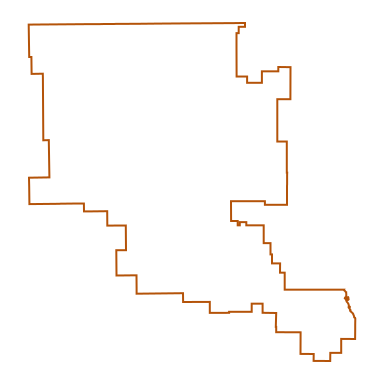 the district of Leonora, Western Australia, Australia
{"feature_id": "25037944B70988604830145", "entity_name": "Leonora", "entity_type": "district", "adm_level": 2, "iso_a3": "AUS", "parent_name": "Australia", "parent_adm1": "Western Australia", "projection": "albers", "projection_center": [121.72, -28.394], "detail": "fine", "context": "isolated", "style": "outline", "palette": "amber", "viewbox_px": 384, "rotation_deg": 0, "n_neighbors": 0, "source": "geoboundaries", "source_scale": "gbopen_adm2", "svg_char_len": 3237}
<svg xmlns="http://www.w3.org/2000/svg" viewBox="0 0 384 384"><path d="M245.0,23.0L241.7,23.0L234.5,23.1L218.1,23.2L185.2,23.4L157.2,23.6L137.3,23.8L135.3,23.8L133.9,23.8L130.5,23.8L127.1,23.9L125.7,23.9L123.7,23.9L122.3,23.9L120.3,23.9L118.9,23.9L115.5,23.9L114.1,24.0L113.4,24.0L112.8,24.0L111.4,24.0L108.0,24.0L103.9,24.0L100.5,24.1L96.4,24.1L92.9,24.1L92.5,24.1L92.3,24.1L40.3,24.5L28.7,24.6L29.2,57.0L31.4,57.0L31.6,73.9L42.8,73.7L42.9,77.3L43.0,93.7L43.3,139.6L43.3,140.3L45.5,140.2L46.6,140.2L48.8,140.1L49.4,177.4L29.0,177.7L29.2,187.3L29.4,203.8L29.4,204.1L59.4,203.8L60.5,203.7L78.3,203.5L83.9,203.5L84.0,211.4L89.9,211.4L107.2,211.2L107.3,225.6L125.8,225.5L126.0,250.2L116.3,250.2L116.5,275.5L128.1,275.4L134.3,275.3L136.5,275.3L136.6,288.0L136.6,290.2L136.6,292.5L136.6,293.7L183.0,293.2L183.1,302.0L209.8,301.9L209.8,312.9L213.2,312.9L215.4,312.9L217.6,312.9L219.8,312.9L220.8,312.9L221.2,312.9L221.8,312.9L229.1,312.8L229.1,311.8L251.7,311.8L251.7,303.7L262.6,303.7L262.6,312.8L276.2,313.0L275.8,326.9L276.2,326.9L276.2,332.2L300.6,332.3L300.5,353.9L313.7,354.0L313.6,360.9L330.2,361.0L330.3,352.9L333.0,352.9L341.2,352.9L341.2,351.1L341.2,338.9L355.1,339.0L355.2,329.8L355.2,327.6L355.2,324.8L355.3,318.7L355.1,317.9L354.2,317.4L354.1,316.5L353.7,315.2L353.2,314.4L353.2,313.9L352.9,313.4L352.1,312.7L351.5,312.1L350.8,311.6L350.3,311.1L350.1,310.5L350.5,310.1L350.3,309.7L349.8,309.2L349.3,308.1L349.6,307.9L349.8,307.4L349.8,306.9L349.6,306.9L349.3,307.3L349.4,307.9L349.1,307.9L348.8,307.8L348.6,307.4L348.7,306.7L348.7,306.2L348.9,305.8L348.8,305.2L348.3,303.7L347.5,302.5L346.6,301.5L346.5,300.9L346.1,300.2L346.1,299.8L346.6,299.8L347.6,300.0L348.1,299.9L348.6,299.4L348.6,299.1L348.4,298.7L348.3,298.4L348.4,297.9L348.3,297.4L348.2,297.2L347.8,297.3L347.8,297.8L348.0,298.0L348.0,298.4L348.1,298.9L347.9,299.4L347.2,299.6L346.9,299.4L347.1,299.1L347.5,299.2L347.5,298.3L347.5,297.8L347.3,297.5L347.0,297.6L346.7,298.0L346.9,298.2L346.8,298.5L346.8,298.9L346.7,299.3L346.0,299.1L345.5,299.0L345.2,298.6L344.8,298.3L344.9,297.9L345.2,297.6L345.5,297.6L345.5,297.9L345.6,298.3L345.9,298.3L345.9,297.9L345.7,297.5L345.7,297.0L346.4,296.7L346.4,296.1L346.2,295.5L346.3,294.1L346.2,293.3L346.1,292.6L346.2,292.2L345.7,291.9L344.9,290.9L344.3,290.4L344.1,290.3L344.0,290.1L343.9,289.9L344.0,289.7L322.2,289.7L318.1,289.7L299.0,289.7L287.4,289.7L284.7,289.7L284.7,284.2L284.7,272.7L280.0,272.7L280.1,263.4L275.5,263.4L272.0,263.4L272.0,254.4L270.5,254.4L270.5,243.1L263.7,243.1L263.7,225.3L246.3,225.3L246.3,222.1L239.8,222.1L239.8,225.3L237.7,225.3L237.7,221.0L231.1,221.0L231.0,201.8L231.0,201.2L240.0,201.2L264.9,201.2L264.9,204.8L268.2,204.8L269.3,204.8L270.4,204.8L272.5,204.8L276.0,204.8L287.0,204.8L287.0,192.9L287.0,188.2L287.0,185.8L287.1,184.4L287.1,181.6L287.1,180.2L287.1,175.0L287.2,172.7L286.8,172.7L286.8,141.5L277.3,141.5L277.3,99.2L290.4,99.2L290.5,67.1L286.1,67.1L278.3,67.0L278.3,71.3L262.6,71.3L262.3,71.3L261.9,71.3L261.9,76.5L261.9,82.8L259.9,82.8L257.9,82.8L255.8,82.8L254.5,82.8L252.5,82.8L251.1,82.8L249.1,82.8L247.1,82.8L247.1,76.5L244.6,76.5L238.3,76.5L237.2,76.5L236.6,76.5L236.5,47.0L236.5,33.1L238.7,33.1L238.7,26.8L245.0,26.8L245.0,23.0Z" fill="none" stroke="#b45309" stroke-width="2"/></svg>